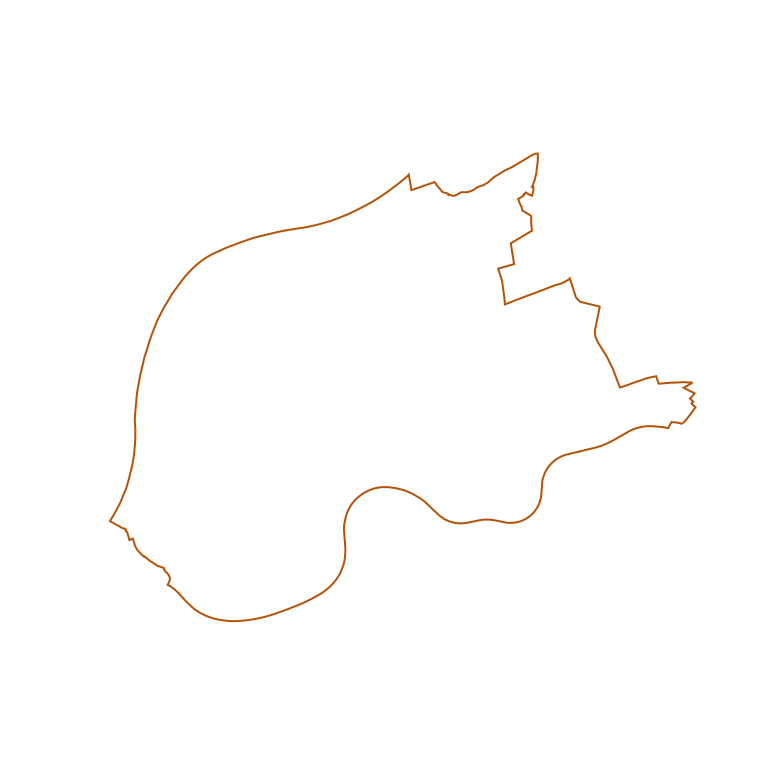 outline of West Maas en Waal, Gelderland, Netherlands, rotated 346°
{"feature_id": "6326949B55972615712171", "entity_name": "West Maas en Waal", "entity_type": "district", "adm_level": 2, "iso_a3": "NLD", "parent_name": "Netherlands", "parent_adm1": "Gelderland", "projection": "albers", "projection_center": [5.532, 51.852], "detail": "fine", "context": "isolated", "style": "outline", "palette": "amber", "viewbox_px": 768, "rotation_deg": 346, "n_neighbors": 0, "source": "geoboundaries", "source_scale": "gbopen_adm2", "svg_char_len": 6052}
<svg xmlns="http://www.w3.org/2000/svg" viewBox="0 0 768 768"><g transform="rotate(346 384 384)"><path d="M458.7,186.9L457.7,187.6L452.9,190.1L445.3,193.6L438.7,196.4L434.9,198.0L426.9,201.0L424.7,201.8L421.4,202.9L416.2,204.5L414.4,205.0L408.8,206.4L400.9,208.3L394.9,209.6L391.0,210.4L386.3,211.1L382.9,211.6L373.4,212.7L371.7,212.9L361.2,213.3L354.5,213.3L348.7,213.1L344.4,212.9L336.7,212.1L331.1,211.6L326.1,211.2L318.1,210.8L308.1,210.7L301.0,210.6L295.0,210.6L289.6,210.9L283.0,211.5L276.3,212.2L269.9,213.0L266.0,213.4L262.5,213.9L252.3,215.8L249.5,216.3L246.7,217.0L244.9,217.5L241.7,218.5L238.9,219.5L236.1,220.6L233.3,221.9L229.8,223.6L228.0,224.6L225.1,226.3L221.4,228.6L217.4,231.3L214.4,233.5L199.7,245.7L195.3,250.3L190.6,254.9L186.7,259.2L180.8,265.9L179.2,267.8L170.2,280.4L166.4,286.4L157.7,300.7L154.3,307.4L149.8,316.0L142.9,331.2L141.0,336.2L138.4,343.9L136.4,349.5L134.0,356.8L132.9,361.2L132.8,361.9L131.6,368.5L129.0,378.5L126.7,385.4L123.8,393.5L123.2,395.0L120.2,401.7L113.2,415.0L109.8,420.9L109.3,421.8L107.2,424.8L102.0,431.8L100.0,434.6L99.0,435.8L90.8,444.9L86.2,449.5L84.9,450.8L96.1,461.2L96.2,461.3L97.4,461.5L98.4,462.9L97.8,463.9L98.0,464.4L98.3,464.7L98.8,465.3L99.0,465.6L98.9,465.9L99.0,467.0L99.2,472.7L99.8,473.6L99.7,473.7L100.6,473.7L100.7,473.4L102.2,473.4L103.0,473.3L103.2,478.8L103.2,480.0L103.5,481.6L103.9,483.0L104.1,484.1L104.6,485.5L105.3,487.0L106.8,489.5L109.0,493.1L109.5,493.7L109.9,493.4L114.4,499.4L114.5,499.4L120.1,505.5L120.5,505.7L125.9,509.3L125.8,509.7L125.9,510.8L126.0,511.6L126.6,513.2L126.9,513.7L128.1,515.5L128.5,516.4L128.9,517.4L129.1,518.0L129.3,520.3L129.2,521.1L128.5,522.6L128.0,523.6L125.5,526.6L128.0,528.8L131.4,533.0L134.0,537.1L138.5,545.5L140.9,549.6L143.6,553.8L145.8,556.9L150.0,561.4L154.1,565.0L158.3,568.0L162.4,570.6L166.5,572.6L170.7,574.4L174.8,576.0L179.0,577.3L183.1,578.3L187.3,579.1L195.6,580.3L199.7,580.6L203.9,580.9L212.1,581.1L220.5,580.8L228.8,580.0L237.1,579.1L241.2,578.5L245.4,578.0L249.5,577.4L253.7,576.7L257.8,575.8L262.0,574.9L266.1,573.8L270.3,572.7L274.4,571.3L278.6,569.5L282.7,567.5L286.9,564.8L291.0,561.6L295.2,557.6L297.9,554.1L300.7,550.0L303.0,545.8L304.5,541.6L305.9,537.5L306.9,533.3L309.7,516.7L310.8,512.5L312.4,508.4L314.5,504.2L317.0,500.1L320.3,495.9L324.8,491.8L328.5,489.2L332.7,487.0L336.8,485.3L341.0,484.1L345.1,483.4L349.3,483.0L353.4,483.1L357.6,483.7L361.7,484.7L365.8,486.1L370.0,487.8L374.1,489.9L378.3,492.3L383.4,496.0L388.0,500.2L392.1,504.4L395.4,508.5L403.3,521.0L406.0,525.2L409.6,529.4L411.4,531.0L415.5,534.0L419.7,536.1L423.8,537.6L428.0,538.5L432.1,538.8L444.6,539.3L448.7,539.9L452.9,540.9L457.0,542.4L465.3,546.2L469.4,548.3L473.6,549.5L477.7,550.1L481.9,550.3L486.0,549.9L490.2,548.8L494.3,547.2L498.5,544.7L502.6,541.2L505.4,537.9L508.1,533.7L509.8,529.6L511.2,525.4L512.6,521.3L513.9,517.1L514.7,515.3L515.6,513.6L516.6,512.0L517.7,510.4L518.5,509.3L519.5,508.1L521.0,506.5L522.8,504.8L524.7,503.2L526.8,501.8L529.0,500.5L531.3,499.4L533.6,498.5L535.9,497.8L538.8,497.2L541.3,496.8L544.2,496.6L560.8,496.8L565.0,496.8L573.3,496.9L577.4,496.7L581.6,496.3L585.7,495.7L589.9,494.8L594.0,493.8L610.6,489.1L614.8,488.2L618.9,487.9L623.1,487.9L627.2,488.3L631.4,489.1L635.5,490.3L639.6,491.7L643.8,493.2L649.2,495.5L651.2,493.1L653.7,490.5L654.7,491.0L656.8,491.5L658.1,492.0L659.3,492.4L660.4,493.0L661.7,493.7L663.2,494.6L667.1,492.9L667.4,492.7L668.7,491.7L671.4,489.5L674.2,487.4L676.1,485.8L677.7,484.4L680.6,481.9L677.6,477.3L679.8,476.0L677.3,472.1L680.6,470.1L683.1,468.2L680.7,466.0L679.9,465.5L679.1,464.8L673.9,460.1L681.6,458.0L683.0,457.4L682.9,457.0L682.7,457.1L677.1,455.3L673.3,454.2L673.1,454.2L673.0,454.3L672.8,454.3L663.0,452.2L653.8,450.7L653.4,450.7L650.6,450.1L650.1,444.7L650.0,442.3L644.3,442.0L640.0,442.0L624.1,443.4L620.3,443.9L616.4,444.3L613.9,444.3L612.1,444.4L610.7,433.1L609.9,426.2L609.8,424.6L609.0,421.3L607.4,413.9L606.9,411.5L604.6,404.7L604.2,403.1L603.8,402.1L602.4,397.8L602.2,397.2L601.6,395.0L600.9,391.3L600.7,390.0L600.7,388.6L600.8,387.0L600.9,386.0L601.0,385.4L601.5,383.6L601.9,382.5L606.2,373.4L607.6,370.6L609.9,365.7L611.4,362.5L612.0,361.2L611.1,360.5L607.5,358.7L594.6,351.9L594.4,351.8L594.0,351.4L591.5,347.1L591.2,346.1L589.9,327.1L589.9,326.5L588.2,327.4L587.7,327.6L583.6,328.7L581.6,329.2L580.1,329.4L574.2,329.6L572.3,329.7L565.2,330.6L562.4,331.0L554.1,332.0L539.0,333.7L520.6,336.0L520.9,334.7L521.8,328.0L522.8,318.9L523.5,312.5L523.0,304.3L522.7,299.7L539.4,299.1L539.3,298.2L539.5,296.6L540.1,289.2L540.2,287.9L540.3,287.3L540.4,285.1L541.2,278.1L564.6,271.1L565.3,266.3L565.6,264.2L566.3,261.0L566.6,259.5L567.3,257.4L567.3,257.1L567.3,256.7L567.3,256.4L567.1,256.1L567.0,255.9L560.3,249.3L560.3,244.6L560.2,244.3L559.9,244.2L559.3,240.0L559.0,237.8L558.9,236.9L562.6,235.8L564.5,235.1L565.4,234.6L565.6,234.5L565.4,233.9L565.7,233.6L565.9,233.5L566.0,233.6L566.6,233.3L567.0,233.1L567.8,232.4L569.7,234.4L570.3,235.0L572.0,236.4L572.4,236.1L573.2,237.0L573.8,236.0L575.4,233.2L575.6,232.6L576.7,229.0L576.6,228.9L575.5,228.4L575.4,228.4L579.1,223.3L579.4,222.8L582.7,216.4L583.0,215.6L585.1,210.2L586.8,205.7L587.3,204.1L587.8,202.4L588.5,199.6L589.0,197.6L586.6,197.2L585.8,197.2L585.0,197.3L582.5,197.9L581.0,198.3L578.2,199.3L572.6,200.9L566.1,202.9L559.1,204.9L558.2,205.1L555.7,205.4L555.2,205.6L554.0,205.7L551.6,206.4L545.1,208.6L542.4,209.3L541.2,209.7L537.4,211.4L535.5,212.7L534.3,213.3L529.8,214.8L528.8,215.0L528.0,215.2L527.3,215.2L525.2,215.3L522.1,215.7L521.7,215.7L521.2,215.9L519.4,216.8L518.9,217.0L516.2,217.6L514.8,217.8L513.8,217.9L512.2,218.0L510.2,217.8L509.5,217.7L506.8,216.9L506.2,216.8L505.6,216.7L503.4,217.1L500.4,218.0L498.5,218.3L498.0,218.3L497.0,218.2L496.4,218.0L494.2,216.9L493.0,216.4L492.2,216.3L492.4,214.9L492.2,214.8L490.5,213.8L487.6,212.2L487.2,211.9L487.0,211.5L486.4,210.4L486.1,209.5L483.5,204.4L483.0,203.4L483.1,202.6L482.0,200.7L481.9,200.7L481.6,200.2L480.9,200.4L473.4,201.1L470.4,201.3L467.0,201.8L466.8,201.7L457.6,202.5L458.7,186.9Z" fill="none" stroke="#b45309" stroke-width="2"/></g></svg>